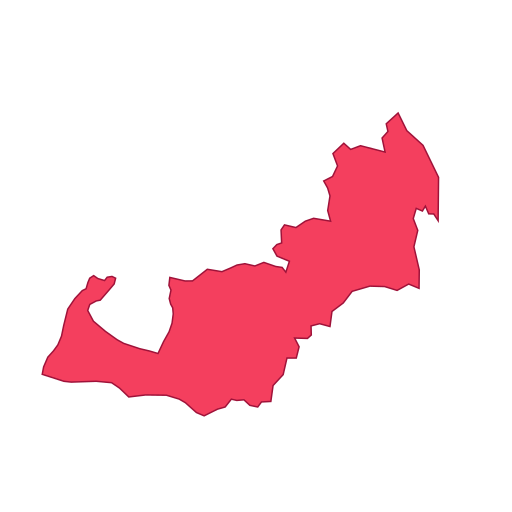 Kegeyli, Karakalpakstan, Uzbekistan, rotated 289°
{"feature_id": "79887680B60420038747049", "entity_name": "Kegeyli", "entity_type": "district", "adm_level": 2, "iso_a3": "UZB", "parent_name": "Uzbekistan", "parent_adm1": "Karakalpakstan", "projection": "robinson", "projection_center": [59.462, 42.861], "detail": "fine", "context": "isolated", "style": "filled", "palette": "rose", "viewbox_px": 512, "rotation_deg": 289, "n_neighbors": 0, "source": "geoboundaries", "source_scale": "gbopen_adm2", "svg_char_len": 1766}
<svg xmlns="http://www.w3.org/2000/svg" viewBox="0 0 512 512"><g transform="rotate(289 256 256)"><path d="M377.9,295.4L367.7,303.8L356.1,302.5L349.0,295.6L343.6,301.6L336.9,306.4L322.3,309.0L313.2,315.2L310.4,298.2L305.0,291.3L295.9,284.5L294.7,272.8L288.8,271.2L276.7,276.0L273.6,272.0L268.4,269.6L262.7,275.9L261.9,289.3L250.4,289.5L253.7,284.4L252.5,278.0L252.5,265.5L246.2,258.2L245.1,248.0L241.3,241.0L236.4,235.9L230.1,228.9L227.6,214.3L211.8,204.1L209.3,197.1L207.7,181.5L199.9,183.2L196.1,186.7L187.5,187.8L182.7,191.0L179.9,194.1L174.3,196.6L165.1,198.5L156.1,198.5L145.1,196.5L131.9,195.1L131.5,186.2L130.5,176.3L130.3,159.4L131.6,152.0L135.7,138.2L141.4,123.5L149.7,114.6L156.1,114.6L161.6,119.7L163.5,123.1L169.0,125.3L175.7,128.0L183.4,131.0L189.3,130.5L189.8,126.5L187.5,122.2L183.5,120.8L183.2,113.8L184.6,108.9L180.9,106.0L176.3,105.7L169.7,106.0L166.7,103.0L156.8,98.6L144.5,95.3L127.7,96.8L116.9,98.2L107.5,97.6L100.3,95.4L92.6,92.1L82.0,91.3L74.5,92.4L75.0,115.2L76.6,122.3L85.5,145.6L89.2,160.7L86.7,169.9L81.3,181.6L88.7,196.9L95.2,216.6L95.7,229.9L94.3,237.0L88.6,250.6L88.0,259.0L98.6,269.4L103.2,276.0L112.6,279.3L113.2,284.9L116.1,291.4L112.8,298.8L113.8,306.8L119.8,308.7L123.3,317.4L139.1,314.3L152.7,320.3L169.6,318.5L172.6,327.3L184.2,326.3L191.0,319.2L194.8,331.5L199.3,334.0L207.8,330.8L212.7,338.2L213.4,348.9L228.3,345.9L240.0,353.8L253.9,358.4L264.6,373.5L269.0,387.6L269.4,400.6L279.2,409.5L278.5,420.7L296.0,414.9L316.1,402.3L332.9,400.6L342.6,392.5L353.2,392.0L352.7,398.7L358.3,399.9L352.1,405.6L353.6,410.4L348.7,416.7L389.8,403.0L415.0,377.9L423.6,357.8L437.5,343.8L423.4,336.1L416.7,340.2L408.6,336.8L396.3,344.2L394.3,318.9L387.6,310.8L391.2,302.3L377.9,295.4Z" fill="#f43f5e" stroke="#9f1239" stroke-width="1.5"/></g></svg>